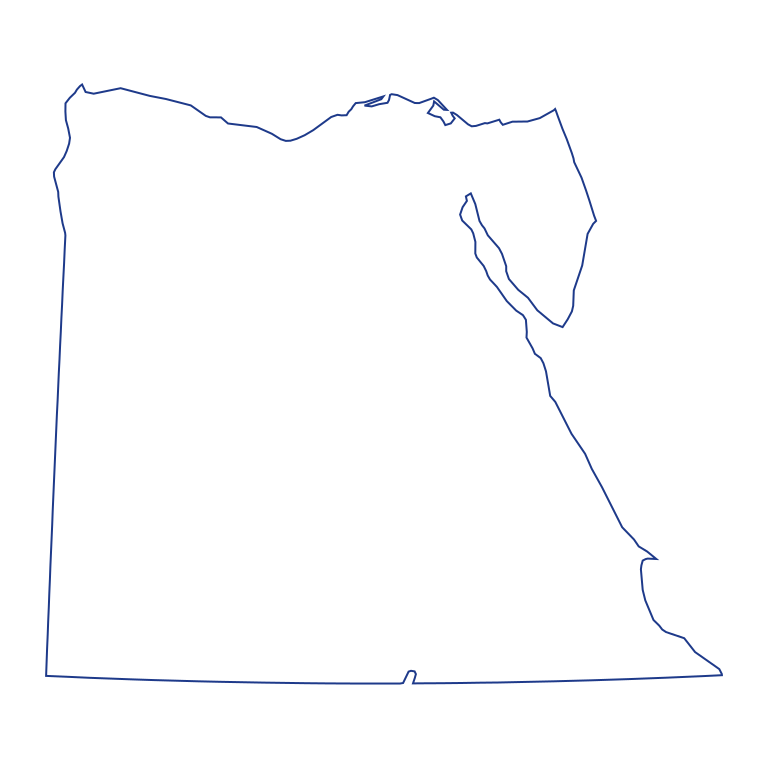 Egypt, orthographic projection
{"feature_id": "EGY", "entity_name": "Egypt", "entity_type": "country or territory", "adm_level": 0, "iso_a3": "EGY", "parent_name": "Africa", "parent_adm1": "", "projection": "orthographic", "projection_center": [30.805, 26.825], "detail": "fine", "context": "isolated", "style": "outline", "palette": "blue", "viewbox_px": 768, "rotation_deg": 0, "n_neighbors": 0, "source": "natural_earth", "source_scale": "50m", "svg_char_len": 3088}
<svg xmlns="http://www.w3.org/2000/svg" viewBox="0 0 768 768"><path d="M721.9,675.2L703.3,676.1L684.7,676.9L666.1,677.7L647.5,678.4L628.9,679.1L610.3,679.7L591.6,680.3L573.0,680.8L554.3,681.3L535.7,681.7L517.0,682.1L498.4,682.5L479.7,682.7L461.0,683.0L442.3,683.2L423.7,683.3L413.0,683.4L414.8,678.0L415.9,674.1L414.6,671.4L411.0,670.8L408.6,671.6L403.1,683.0L400.2,683.5L393.5,683.5L371.8,683.5L350.0,683.5L328.3,683.4L306.5,683.2L284.8,682.9L263.1,682.6L241.3,682.2L219.6,681.8L197.9,681.3L176.1,680.7L154.4,680.1L132.7,679.4L111.1,678.6L89.4,677.8L67.7,676.8L46.1,675.9L46.6,662.2L47.1,648.4L47.7,634.7L48.2,620.9L48.8,607.2L49.3,593.4L49.9,579.7L50.4,565.9L51.0,552.2L51.6,538.4L52.2,524.6L52.7,510.9L53.3,497.1L53.9,483.3L54.5,469.6L55.1,455.8L55.7,442.0L56.3,428.2L56.9,414.5L57.6,400.7L58.2,386.9L58.8,373.1L59.5,359.4L60.1,345.6L60.8,331.8L61.4,318.0L62.1,304.3L62.7,290.5L63.4,276.7L64.1,263.0L64.7,249.2L65.4,235.4L65.1,232.8L62.6,223.4L60.5,211.4L58.4,196.6L58.2,191.9L54.1,176.6L53.9,172.3L55.3,169.3L64.0,157.1L66.7,151.0L69.1,143.7L70.0,137.8L68.2,128.5L65.9,120.1L65.4,111.6L65.5,103.3L69.8,97.8L75.0,92.8L76.9,89.6L80.0,86.1L82.1,84.5L85.6,92.0L93.7,93.7L120.6,88.2L149.8,95.9L165.9,99.0L190.8,105.4L205.8,115.9L209.9,117.3L221.0,117.4L228.0,123.5L256.7,127.0L271.9,133.8L280.6,139.2L285.8,140.9L290.4,140.7L296.7,138.8L304.7,135.2L313.3,130.1L331.2,117.0L337.5,114.8L341.6,115.4L346.6,115.2L348.7,111.7L351.3,109.2L353.0,106.4L355.7,103.1L364.9,102.2L383.4,96.4L381.3,99.2L364.5,105.6L371.7,106.4L379.1,104.2L387.5,102.8L389.0,100.0L390.1,94.9L391.7,94.2L397.5,95.1L414.8,103.0L419.1,103.1L431.3,98.7L433.9,97.7L437.9,100.1L447.0,109.9L443.8,109.7L434.1,101.4L433.3,105.6L427.9,113.0L434.8,116.2L440.4,117.3L443.4,121.4L445.3,125.1L450.8,123.4L454.7,118.4L452.6,115.6L451.2,112.7L453.0,112.6L456.9,115.0L468.0,124.3L471.7,126.3L476.0,125.9L484.9,123.1L487.4,123.4L499.3,119.7L500.7,122.3L502.8,124.8L512.4,121.7L527.5,121.5L539.8,118.1L553.9,110.2L555.1,109.0L555.9,110.8L557.7,115.9L562.5,128.9L566.7,139.0L571.8,153.0L573.5,158.4L574.2,162.2L581.5,177.6L586.0,190.3L589.4,200.6L594.1,215.7L596.1,220.9L593.2,223.8L587.6,233.9L582.2,265.5L573.8,290.4L573.2,305.8L571.9,311.4L567.7,319.3L562.6,327.1L553.0,323.4L537.3,310.3L528.0,297.8L518.2,289.8L508.9,279.0L506.2,271.2L506.2,266.2L502.0,253.9L499.0,248.2L487.8,235.3L484.5,228.4L482.0,225.3L479.5,221.0L475.3,204.1L470.8,193.4L465.9,196.4L466.9,200.9L462.6,207.2L460.1,214.6L462.2,220.5L471.3,229.4L473.2,233.3L475.4,241.9L475.3,253.5L476.8,257.5L483.7,266.0L486.2,271.1L487.7,275.5L490.0,279.5L496.9,286.9L506.8,301.1L516.2,310.6L523.0,315.2L525.9,319.8L526.8,331.9L526.5,337.6L532.6,348.4L534.9,353.8L540.7,358.1L543.4,363.2L546.0,371.4L550.2,395.9L555.3,401.9L571.5,433.8L585.1,453.8L591.8,468.9L602.0,487.2L622.2,527.3L634.0,539.5L638.7,546.4L647.1,551.5L656.3,559.0L647.7,558.6L645.6,559.1L642.7,560.6L641.4,565.4L640.9,569.3L642.7,589.9L645.3,600.4L653.5,620.0L659.3,625.7L662.2,629.5L666.1,632.1L684.2,638.2L695.1,652.1L719.3,669.1L721.8,674.0L721.9,675.2Z" fill="none" stroke="#1e3a8a" stroke-width="2"/></svg>